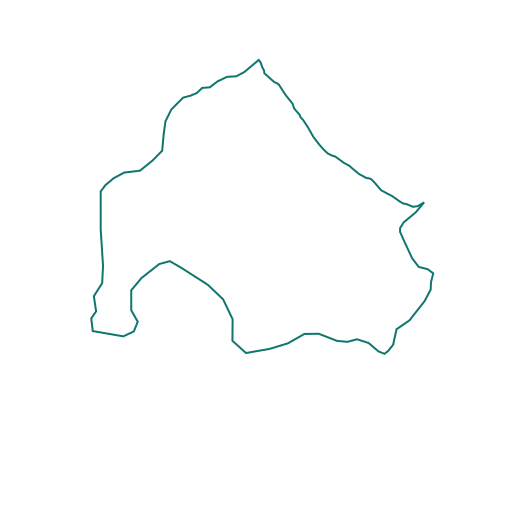 Mayo-Kani, Extrême-Nord, Cameroon, rotated 217°
{"feature_id": "32672807B89855431664933", "entity_name": "Mayo-Kani", "entity_type": "district", "adm_level": 2, "iso_a3": "CMR", "parent_name": "Cameroon", "parent_adm1": "Extrême-Nord", "projection": "natural_earth1", "projection_center": [14.491, 10.306], "detail": "fine", "context": "isolated", "style": "outline", "palette": "teal", "viewbox_px": 512, "rotation_deg": 217, "n_neighbors": 0, "source": "geoboundaries", "source_scale": "gbopen_adm2", "svg_char_len": 1597}
<svg xmlns="http://www.w3.org/2000/svg" viewBox="0 0 512 512"><g transform="rotate(217 256 256)"><path d="M96.3,334.4L100.4,340.2L104.0,348.8L110.9,348.8L119.5,345.2L130.0,348.2L145.6,356.5L155.5,362.0L157.7,365.0L158.3,371.8L154.7,387.0L154.0,400.0L156.8,393.2L160.2,389.8L167.4,387.9L169.3,386.9L170.0,386.5L174.9,386.0L183.3,385.8L185.6,385.4L188.9,384.8L192.7,384.3L194.5,383.9L196.0,383.9L202.9,385.4L205.0,385.9L210.4,386.7L212.6,386.0L213.6,385.4L214.8,384.7L222.9,383.5L231.8,383.9L235.7,384.2L241.7,383.3L252.7,383.1L255.5,382.0L260.4,381.1L262.6,381.3L265.8,381.7L272.0,382.9L281.1,385.4L282.0,385.7L291.9,390.0L300.3,393.0L303.7,393.5L306.1,395.0L309.4,395.7L314.4,396.8L318.4,399.6L329.6,402.5L340.7,406.6L343.6,406.6L345.9,405.9L349.0,406.1L355.7,406.7L359.2,406.9L361.4,409.1L364.4,410.4L368.5,413.2L371.8,414.2L376.0,396.0L379.9,387.6L386.9,381.7L391.8,372.3L394.4,362.9L400.1,357.9L401.4,350.4L404.9,344.5L409.5,338.6L411.8,322.1L409.4,309.2L403.3,298.2L394.3,283.6L396.1,269.8L400.0,254.3L411.5,243.3L416.5,232.4L418.9,222.0L418.9,218.1L418.9,214.1L395.9,183.6L387.8,174.2L372.1,155.9L362.5,141.7L361.3,126.3L350.4,115.6L350.0,107.0L341.2,97.8L334.8,101.1L313.6,112.0L308.2,122.2L310.9,132.4L322.9,137.5L335.0,153.5L334.2,169.5L328.4,191.4L321.7,200.0L308.8,201.6L277.1,204.0L256.2,201.6L236.6,191.4L223.8,174.1L205.6,172.5L189.4,189.8L177.9,205.5L172.7,217.6L170.5,222.8L159.0,231.7L140.1,237.0L131.3,242.5L125.2,250.3L113.7,254.3L100.9,253.5L94.5,255.2L93.3,259.8L93.1,267.7L99.7,282.1L94.7,296.9L94.2,321.4L96.3,334.4Z" fill="none" stroke="#0f766e" stroke-width="2"/></g></svg>